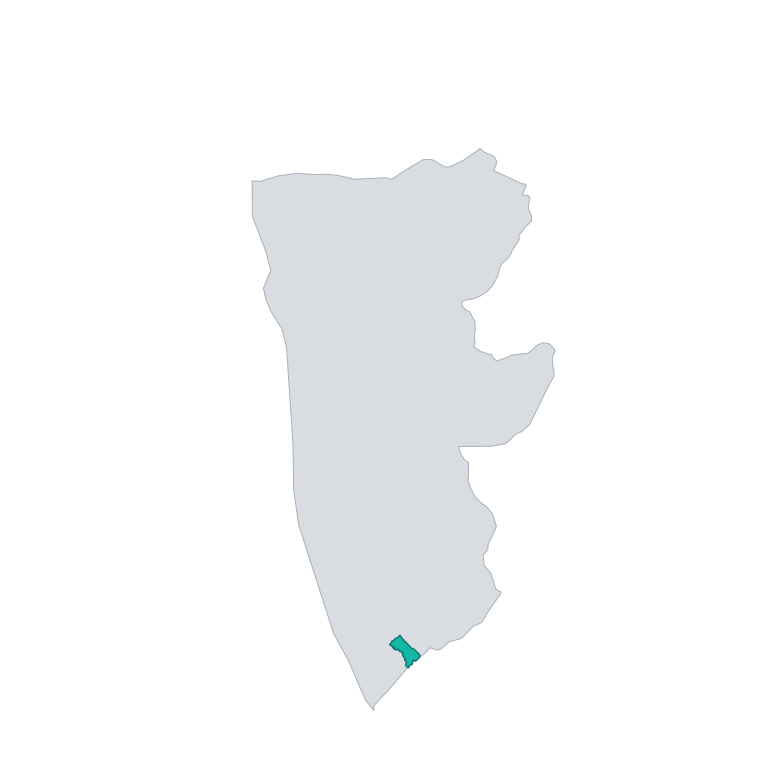 Nyenebo, River Gee, Liberia (highlighted), rotated 44°
{"feature_id": "62588387B68728641169413", "entity_name": "Nyenebo", "entity_type": "district", "adm_level": 2, "iso_a3": "LBR", "parent_name": "Liberia", "parent_adm1": "River Gee", "projection": "albers", "projection_center": [-7.727, 4.898], "detail": "fine", "context": "in_parent", "style": "filled", "palette": "teal", "viewbox_px": 768, "rotation_deg": 44, "n_neighbors": 0, "source": "geoboundaries", "source_scale": "gbopen_adm2", "svg_char_len": 4588}
<svg xmlns="http://www.w3.org/2000/svg" viewBox="0 0 768 768"><g transform="rotate(44 384 384)"><path d="M148.1,329.5L154.2,324.3L163.3,307.8L175.9,291.9L187.6,282.6L196.9,272.9L206.7,265.5L220.8,256.9L242.3,234.1L247.3,231.5L250.8,215.7L256.3,195.5L262.5,189.3L277.1,185.6L280.5,182.1L285.7,168.0L289.1,151.5L289.4,147.9L295.2,147.5L305.0,143.9L310.7,145.6L313.2,150.3L314.5,154.3L344.2,144.1L346.8,142.0L348.4,142.4L352.1,151.7L354.3,151.1L356.1,148.4L358.1,148.2L360.4,149.4L362.7,153.8L366.5,157.7L372.9,160.4L377.0,164.2L376.5,174.1L378.1,183.8L380.8,186.0L382.3,191.8L383.1,198.1L384.6,201.5L385.7,207.9L385.1,214.7L386.2,219.5L391.0,227.9L393.9,238.4L393.9,245.8L392.2,253.6L389.0,260.7L383.4,268.5L383.0,271.6L386.2,273.6L391.2,274.0L395.4,272.5L406.0,276.1L411.5,281.2L416.3,287.5L420.7,290.8L422.6,294.8L430.1,293.7L438.8,289.8L440.6,288.0L443.2,289.0L448.8,289.4L452.7,282.5L455.9,274.5L462.7,265.9L466.0,262.5L466.9,257.0L467.2,249.9L469.7,243.7L475.3,240.3L481.3,240.4L484.5,241.6L486.2,247.6L491.0,252.2L495.1,255.3L497.3,256.7L500.8,260.2L504.0,272.3L516.8,311.3L516.2,322.1L513.6,329.1L513.5,336.0L512.7,342.8L504.8,353.9L481.5,376.7L483.3,378.7L488.9,381.3L494.5,382.6L499.2,381.9L505.0,387.6L511.2,394.8L517.9,398.5L527.4,401.8L535.8,402.2L542.9,400.9L553.0,402.4L563.7,408.3L567.5,418.1L570.0,426.6L573.7,430.9L574.2,438.3L581.8,444.8L592.7,446.1L606.7,453.7L610.3,453.3L611.9,452.3L613.6,453.8L617.1,475.7L619.9,487.4L618.4,492.1L616.5,495.8L616.4,513.5L610.1,523.7L609.0,534.9L607.2,538.5L600.4,541.7L600.4,550.3L598.6,560.6L597.9,571.6L599.8,600.4L600.1,621.9L603.2,626.0L590.0,624.2L551.0,607.8L520.9,598.4L420.4,544.5L392.6,522.9L360.5,490.7L289.1,425.9L272.9,415.5L252.3,410.3L239.7,404.8L230.7,398.8L223.5,380.8L205.7,370.1L172.8,354.8L148.1,329.5Z" fill="#d9dde1" stroke="#a8b0b8" stroke-width="1"/><path d="M597.7,571.6L598.3,571.3L598.8,571.0L598.8,570.5L598.1,569.4L597.7,568.4L598.1,567.8L598.7,567.3L598.7,567.1L598.6,566.8L598.8,566.6L598.8,566.1L598.8,565.9L598.2,565.8L598.0,565.6L598.0,565.4L598.1,564.8L597.7,564.2L597.3,563.9L597.0,563.4L597.1,562.7L597.6,561.7L598.5,561.4L599.2,561.3L599.3,560.4L599.3,559.5L599.3,559.2L599.4,558.0L599.4,556.5L599.2,555.5L599.1,555.4L598.9,554.9L598.4,554.3L597.8,554.2L597.2,554.0L595.7,553.9L594.9,553.9L593.4,554.0L593.0,554.0L592.6,554.0L591.4,553.9L590.1,554.0L589.3,554.0L589.0,554.0L588.2,554.6L587.4,555.0L586.9,555.0L586.2,555.0L585.1,554.7L584.5,554.8L582.2,554.7L581.0,554.6L580.3,554.5L579.6,554.4L579.4,554.4L578.7,554.7L578.0,554.9L577.2,554.7L576.4,554.5L575.8,554.4L575.4,554.4L575.1,554.5L574.6,554.5L573.9,554.3L573.3,554.4L572.7,554.4L572.4,554.1L572.0,554.0L571.4,554.1L570.7,553.9L570.4,553.9L570.2,553.8L570.1,554.0L570.0,555.0L569.9,555.4L570.0,556.3L569.9,557.0L569.8,557.5L569.6,557.7L569.3,558.2L569.2,558.9L569.1,559.2L569.0,559.5L568.9,560.0L569.0,560.8L569.0,561.8L568.9,562.3L568.7,562.8L568.6,563.0L568.3,563.3L568.3,563.6L568.5,563.8L568.7,564.0L568.6,564.3L568.9,564.5L569.0,564.6L569.2,564.9L569.2,565.0L569.1,565.5L569.0,565.9L569.0,566.2L569.1,566.5L569.0,566.9L569.0,567.1L569.4,567.5L569.7,567.6L569.9,567.4L570.3,567.2L570.6,567.0L570.8,567.0L571.4,567.2L571.6,567.2L571.8,567.0L572.0,567.1L572.4,567.2L572.7,567.3L572.9,567.1L573.0,567.0L573.2,566.8L573.5,566.5L573.7,566.9L573.8,567.2L574.0,567.1L574.2,566.9L574.3,566.9L574.5,566.8L574.5,567.3L574.6,567.6L574.9,567.6L575.0,567.5L575.3,567.3L575.5,567.2L575.7,567.3L575.9,567.5L576.0,567.4L576.1,567.2L576.3,567.1L576.4,566.9L576.5,566.9L576.9,566.8L577.1,566.8L577.2,566.6L577.2,566.4L577.5,566.3L577.8,566.3L578.0,566.3L578.1,566.0L578.1,565.8L578.1,565.5L578.3,565.5L578.6,565.5L578.9,565.5L579.0,565.3L579.0,565.1L579.2,564.9L579.3,565.0L579.4,564.9L579.5,564.9L580.0,564.9L580.3,565.1L580.7,565.4L580.8,565.4L581.0,565.4L581.3,565.3L581.5,565.2L581.8,565.0L582.0,564.8L582.4,564.5L582.7,564.2L583.0,564.1L583.3,564.2L583.4,564.3L583.5,564.4L583.6,564.6L583.9,564.3L584.0,564.1L584.2,564.3L584.2,564.5L584.3,564.8L584.6,564.8L584.8,564.8L585.0,565.2L585.0,565.4L585.2,565.6L585.5,565.7L585.7,565.8L585.8,566.0L586.0,566.1L586.5,566.3L586.9,566.6L587.5,566.7L588.2,566.6L588.8,566.6L589.0,566.8L589.3,566.9L589.5,566.8L589.8,566.8L589.9,567.1L590.0,567.2L590.1,567.6L590.3,567.9L590.5,568.1L590.9,568.2L591.4,568.3L591.8,568.2L592.2,568.2L592.8,568.2L593.3,568.3L593.5,568.4L593.7,568.6L593.9,569.1L594.0,569.5L594.0,569.8L594.1,570.3L594.4,570.7L594.6,571.0L595.1,571.3L595.7,571.4L596.3,571.6L596.9,571.7L597.3,571.6L597.7,571.4L597.8,571.5L597.7,571.6Z" fill="#14b8a6" stroke="#0f766e" stroke-width="1.5"/></g></svg>